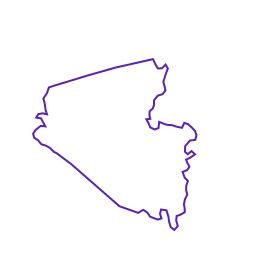 outline of Iomerê, Santa Catarina, Brazil, rotated 27°
{"feature_id": "56859067B7415267363255", "entity_name": "Iomerê", "entity_type": "district", "adm_level": 2, "iso_a3": "BRA", "parent_name": "Brazil", "parent_adm1": "Santa Catarina", "projection": "robinson", "projection_center": [-51.259, -26.979], "detail": "fine", "context": "isolated", "style": "outline", "palette": "violet", "viewbox_px": 256, "rotation_deg": 27, "n_neighbors": 0, "source": "geoboundaries", "source_scale": "gbopen_adm2", "svg_char_len": 1366}
<svg xmlns="http://www.w3.org/2000/svg" viewBox="0 0 256 256"><g transform="rotate(27 128 128)"><path d="M40.0,133.7L39.2,140.0L43.3,144.8L46.2,149.1L49.6,152.6L45.4,153.6L41.9,156.2L41.5,160.4L46.2,158.9L49.5,161.2L53.6,164.1L49.3,165.7L46.4,172.0L46.1,176.3L48.9,179.3L53.3,179.7L58.1,181.8L63.0,181.0L67.6,181.2L72.8,182.9L76.3,182.9L94.0,186.0L143.1,198.4L150.7,200.3L155.9,201.6L175.6,199.0L178.7,194.0L183.7,194.6L187.9,197.0L192.1,196.6L196.3,195.9L198.8,193.4L195.4,189.8L194.5,185.6L199.6,183.9L204.1,188.4L207.3,193.0L211.1,196.9L215.5,197.8L216.9,192.8L212.9,188.5L211.3,184.3L213.9,181.7L216.8,177.2L214.8,173.6L212.5,170.7L211.1,165.7L211.1,160.6L207.8,156.6L206.0,152.6L205.5,148.0L201.0,146.5L196.6,142.3L199.9,138.5L200.3,134.6L196.8,132.2L194.1,129.9L196.7,126.5L199.7,121.0L195.0,119.8L193.2,124.2L189.5,123.3L187.2,118.3L188.9,111.1L193.3,108.0L192.2,103.3L189.1,100.2L184.3,98.5L179.6,97.3L175.8,97.9L176.0,103.3L171.1,104.7L165.9,105.5L161.6,107.4L157.8,108.0L153.0,108.4L155.2,114.2L152.6,117.1L147.6,117.4L144.4,114.6L140.4,111.9L143.7,109.7L141.3,106.9L139.7,103.3L141.3,99.2L140.6,95.4L138.6,91.5L139.8,85.7L143.5,82.1L144.3,77.5L141.8,74.4L138.6,71.0L137.2,63.0L136.5,56.9L132.7,54.4L131.3,59.2L127.7,61.4L124.0,59.2L119.0,55.3L89.7,79.6L69.0,98.8L42.8,124.0L39.1,127.8L40.0,133.7Z" fill="none" stroke="#5b21b6" stroke-width="2"/></g></svg>